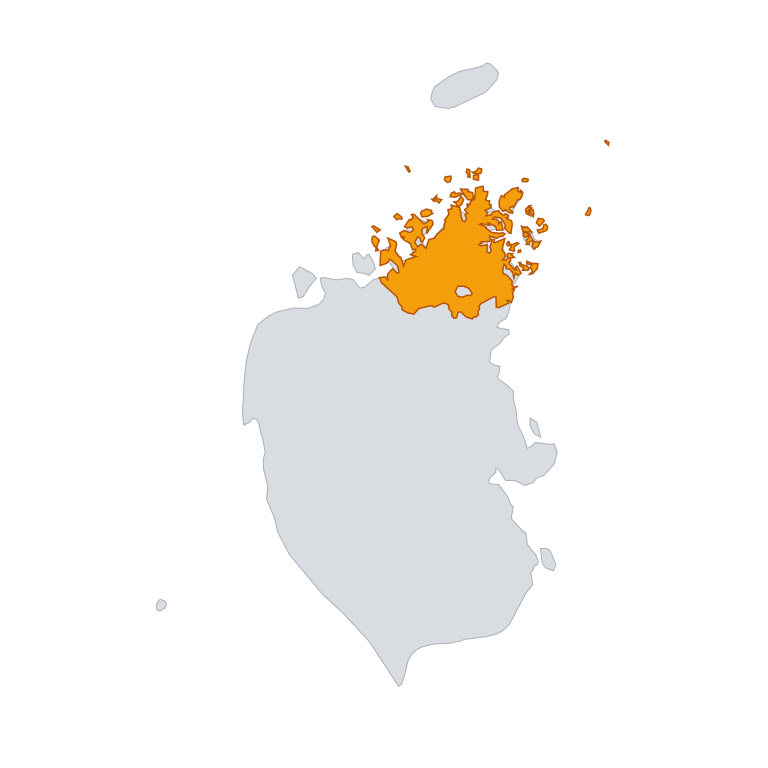 South Jeolla on a map of South Korea (Albers equal-area conic projection), rotated 171°
{"feature_id": "KOR-2506", "entity_name": "South Jeolla", "entity_type": "Metropolitan City", "adm_level": 1, "iso_a3": "KOR", "parent_name": "South Korea", "parent_adm1": "", "projection": "albers", "projection_center": [126.652, 34.734], "detail": "fine", "context": "in_parent", "style": "filled", "palette": "amber", "viewbox_px": 768, "rotation_deg": 171, "n_neighbors": 0, "source": "natural_earth", "source_scale": "10m", "svg_char_len": 9391}
<svg xmlns="http://www.w3.org/2000/svg" viewBox="0 0 768 768"><g transform="rotate(171 384 384)"><path d="M265.6,177.4L268.3,175.4L268.5,172.3L268.5,162.5L276.2,155.6L287.0,141.5L292.4,133.8L298.4,126.6L305.4,121.8L312.3,119.5L323.2,118.5L344.0,119.2L348.1,118.3L362.5,117.5L365.9,118.7L376.5,119.4L388.1,118.3L393.9,116.2L399.3,112.5L404.0,106.1L408.7,94.2L413.7,84.8L416.8,83.0L438.9,132.1L460.0,163.7L478.0,186.5L504.1,230.5L512.1,254.1L513.2,268.9L518.0,289.1L514.7,300.9L516.3,319.2L514.9,328.7L512.0,335.7L512.3,349.1L513.5,356.2L513.8,365.7L515.9,369.3L518.9,370.6L523.4,367.0L529.0,365.4L528.4,376.8L522.3,405.9L516.9,427.0L509.3,445.6L499.3,462.5L487.0,469.4L478.3,472.0L461.6,473.2L447.7,470.6L435.8,472.9L431.1,476.5L427.6,482.5L430.4,491.7L430.2,498.6L425.1,498.1L414.8,494.3L403.6,494.0L398.3,492.1L392.9,482.4L387.5,482.8L378.2,488.7L363.8,490.2L358.7,493.4L357.0,497.4L359.1,502.6L366.5,509.2L364.1,516.1L356.6,519.6L350.4,511.2L346.5,503.0L342.3,502.6L335.7,505.0L334.4,513.9L337.5,519.9L342.7,526.9L335.6,535.0L333.8,540.8L328.7,545.0L314.8,535.9L316.8,529.3L322.7,523.0L323.4,516.5L321.4,512.6L301.8,529.2L289.7,547.8L283.2,546.5L280.4,541.7L276.6,539.8L263.5,551.8L261.0,561.3L256.2,561.7L254.1,557.6L253.9,549.0L251.7,541.7L238.1,531.1L231.9,521.8L235.2,516.6L246.6,519.5L255.6,519.1L253.8,514.7L250.9,512.7L256.9,510.2L261.9,505.1L257.8,503.8L251.4,506.7L246.2,505.2L244.1,493.1L237.8,480.6L234.5,468.5L240.8,461.6L244.1,450.8L249.9,435.1L252.9,430.1L260.9,426.4L263.8,422.4L259.4,420.3L252.3,418.4L252.5,413.9L257.3,411.5L262.7,406.5L273.1,400.4L276.3,389.0L273.3,386.1L266.8,383.4L268.3,377.6L270.9,373.2L269.9,370.6L262.3,363.2L257.2,356.4L258.7,348.7L257.6,337.0L258.3,327.2L258.0,321.9L254.3,309.9L252.6,297.9L247.7,299.7L243.8,302.6L229.7,298.4L225.3,298.1L223.6,289.2L228.6,278.2L240.6,268.6L247.4,267.4L252.6,263.2L260.6,261.8L270.3,268.4L279.0,269.7L283.8,281.1L286.8,283.4L287.4,279.3L294.4,274.4L296.0,270.7L294.5,268.7L286.4,266.7L279.2,252.6L278.2,246.5L275.6,242.6L279.4,231.3L271.1,218.5L267.1,214.5L267.6,203.0L263.3,195.6L260.9,191.6L259.4,184.7L260.7,181.6L264.5,180.4L265.6,177.4ZM237.1,682.5L232.9,685.0L229.0,683.5L228.0,682.3L223.3,675.9L222.2,672.7L225.3,666.5L238.1,656.3L271.2,646.5L277.2,646.0L290.3,650.2L293.1,658.1L290.7,664.9L287.7,669.5L272.5,677.2L260.7,680.9L237.1,682.5ZM457.4,506.0L448.9,513.0L437.2,504.1L434.3,499.1L443.0,491.5L450.2,482.9L455.1,482.2L457.4,506.0ZM395.9,506.3L395.0,517.1L388.6,517.8L384.7,510.8L380.6,514.3L378.5,514.4L375.2,505.7L374.5,498.9L382.0,493.7L386.7,496.7L393.3,498.3L395.9,506.3ZM228.9,555.4L223.1,557.0L219.8,553.2L217.5,552.2L218.8,547.2L228.4,537.4L230.3,534.0L239.1,536.1L242.4,541.3L238.3,549.2L228.9,555.4ZM255.7,182.4L255.3,197.0L250.4,196.4L247.1,194.9L245.7,192.1L242.4,178.5L246.1,172.9L253.3,177.4L255.7,182.4ZM223.5,515.4L222.3,518.0L218.3,517.2L214.3,509.6L212.6,503.5L208.6,500.2L215.1,495.0L223.2,504.4L223.5,515.4ZM246.3,320.2L245.1,327.4L239.2,322.6L237.5,306.9L243.6,311.5L246.3,320.2ZM642.6,203.1L638.8,206.5L633.9,203.4L633.2,200.0L635.5,196.9L641.2,194.8L644.0,197.3L642.6,203.1ZM276.5,558.4L278.0,563.6L270.6,562.7L266.7,557.6L267.2,553.2L271.6,552.6L276.5,558.4ZM371.9,527.7L370.9,531.2L366.2,526.0L370.7,520.3L371.9,527.7Z" fill="#d9dde1" stroke="#a8b0b8" stroke-width="1"/><path d="M372.0,489.8L366.5,489.5L364.1,486.3L363.3,491.8L359.0,495.5L357.1,496.4L354.0,491.8L352.6,491.2L351.6,492.6L352.1,498.7L357.7,505.6L358.6,506.1L362.6,502.7L369.4,501.8L366.5,515.5L363.3,516.7L358.7,515.0L357.1,518.7L355.8,518.7L357.4,527.6L350.1,522.7L349.6,520.3L352.2,513.4L349.5,507.4L347.6,506.6L346.3,497.5L342.9,503.1L332.1,504.9L337.6,507.5L331.8,510.6L331.5,512.1L334.9,512.4L335.9,518.7L341.4,522.8L343.4,525.6L340.2,525.6L344.1,527.1L344.9,530.6L340.3,532.5L334.7,529.5L330.9,531.4L331.7,534.8L337.2,534.7L339.1,536.3L333.3,542.5L331.6,541.8L329.0,543.8L330.4,547.0L327.9,547.0L319.4,535.8L314.7,537.9L315.4,539.5L311.2,538.1L310.4,536.5L310.8,533.9L318.4,525.8L316.6,532.7L321.5,531.6L322.8,529.8L322.8,526.5L320.9,522.0L324.0,518.2L325.5,519.3L325.8,522.7L327.6,524.1L331.6,518.9L329.1,514.1L325.4,516.4L321.5,511.4L317.1,519.7L311.4,520.1L308.0,523.9L299.9,528.6L299.6,532.0L297.8,535.1L298.5,536.5L293.4,541.5L293.6,546.1L289.5,546.6L289.7,550.2L281.6,546.5L281.3,533.5L278.7,531.5L276.6,534.7L277.6,538.5L274.8,539.4L277.2,543.4L272.4,546.6L274.1,547.4L273.8,548.8L270.7,548.2L270.0,550.6L265.5,552.7L262.8,563.2L255.2,563.9L255.8,558.7L251.4,557.8L252.3,554.3L254.9,550.6L254.1,549.1L251.1,548.5L251.8,544.4L250.2,544.1L250.6,541.5L257.2,539.6L254.6,537.3L257.0,534.1L251.5,534.3L250.2,536.6L243.4,537.3L243.2,535.5L239.3,531.7L237.4,533.3L234.7,531.2L235.2,529.0L237.2,529.0L236.8,527.8L232.5,525.2L232.3,522.0L235.0,512.9L236.9,513.6L240.3,519.1L239.3,522.5L242.6,529.7L249.1,531.8L250.9,529.8L247.4,529.2L245.4,526.7L245.7,524.1L243.0,526.0L242.3,517.6L248.6,518.2L249.1,522.1L256.6,527.4L255.1,524.4L262.7,527.2L264.6,526.7L258.4,523.0L259.1,522.1L254.1,516.9L245.7,514.6L243.4,515.2L241.0,513.4L243.6,511.3L246.3,511.7L249.8,510.2L256.6,513.8L256.3,509.7L257.4,508.3L266.0,509.2L265.3,507.8L268.4,506.9L267.1,505.4L260.3,505.4L261.5,498.6L259.6,496.6L257.2,498.6L257.8,502.4L254.6,509.8L252.2,509.3L253.5,506.9L252.2,506.3L241.9,508.8L246.6,497.8L244.5,495.0L244.1,491.0L247.6,487.7L244.3,487.3L241.7,489.1L242.3,492.5L241.0,493.7L236.6,492.5L237.9,491.7L235.4,488.6L239.7,488.7L239.5,486.3L242.0,483.8L237.2,476.4L235.4,475.8L236.1,478.3L234.2,479.7L231.2,471.9L234.3,470.2L236.7,472.8L239.2,468.2L239.4,474.9L240.4,475.0L241.2,477.4L245.4,478.8L245.0,481.3L246.6,483.4L248.9,478.3L249.1,474.5L245.7,472.4L241.8,466.4L241.1,464.8L242.3,462.2L241.1,459.1L236.2,459.7L242.4,457.6L240.5,456.8L242.6,454.1L242.7,449.4L245.5,444.6L247.3,446.9L249.7,447.4L247.8,444.6L258.4,441.5L261.1,442.2L259.8,452.3L262.1,453.0L276.2,448.0L278.2,445.4L277.9,443.1L279.9,441.0L279.8,438.0L282.1,435.9L285.1,436.2L286.6,434.4L292.6,437.5L296.9,443.2L299.7,443.2L302.0,438.1L304.6,438.0L306.5,440.7L305.7,443.9L308.1,448.1L308.0,451.7L310.2,454.0L313.5,454.5L322.3,452.1L325.3,454.0L337.7,453.1L343.6,448.4L349.4,450.5L354.6,454.6L354.1,457.0L356.9,462.0L357.4,467.9L370.5,484.3L372.0,489.8ZM297.4,459.1L292.7,457.4L287.9,458.7L284.6,457.8L282.7,459.7L285.2,465.2L290.1,468.1L295.7,469.0L299.3,464.2L297.4,459.1ZM242.4,541.2L241.8,546.1L239.2,551.1L238.3,551.7L235.9,549.5L235.5,551.9L226.8,556.7L220.8,557.0L221.6,553.3L219.0,551.7L218.9,554.0L217.0,551.7L218.2,548.0L220.8,545.1L223.4,544.9L228.4,538.0L229.4,539.3L232.2,538.6L232.7,536.9L229.7,533.6L230.3,532.7L233.3,533.5L237.1,537.3L239.6,535.9L242.4,541.2ZM272.5,553.0L277.9,564.5L270.6,563.1L271.2,561.0L266.6,559.1L266.7,553.8L268.9,552.1L272.5,553.0ZM314.8,542.8L320.4,543.1L321.1,547.0L319.9,548.7L314.5,550.1L309.8,547.9L310.3,546.0L309.1,544.9L314.8,542.8ZM370.2,520.1L372.0,521.6L373.5,526.0L373.3,529.2L371.8,531.7L369.7,531.2L366.1,526.7L369.0,522.1L369.7,519.3L368.4,516.9L371.5,516.8L370.2,520.1ZM218.1,479.9L213.1,478.7L214.4,474.2L219.9,469.7L223.1,469.6L219.7,472.2L221.2,476.4L218.1,479.9ZM237.0,500.5L240.6,501.3L240.8,503.7L239.0,505.3L238.0,504.9L238.7,503.2L235.8,501.6L230.5,502.8L228.9,501.7L234.5,498.8L234.0,495.3L235.0,494.7L239.3,497.1L236.9,499.3L237.0,500.5ZM278.5,557.2L276.5,553.6L279.2,549.2L282.9,547.7L284.0,547.9L284.1,550.1L286.3,553.0L283.0,552.7L278.5,557.2ZM207.5,508.7L208.5,512.1L202.9,512.4L201.4,516.2L199.3,516.5L198.0,514.6L198.2,511.8L199.9,510.1L207.5,508.7ZM213.0,495.1L214.3,493.4L216.1,495.4L215.3,499.8L212.9,501.1L210.8,500.0L206.7,500.7L210.5,495.5L213.0,495.1ZM222.7,512.7L223.5,518.4L220.4,516.2L218.0,516.8L214.2,511.0L222.7,512.7ZM205.7,515.6L208.3,519.5L205.7,523.5L201.0,521.9L200.1,520.0L205.7,515.6ZM216.6,507.8L214.0,502.1L218.2,501.8L219.1,499.0L221.8,499.8L220.6,501.3L220.8,504.1L218.7,505.1L218.4,507.4L216.6,507.8ZM229.3,480.4L223.9,478.0L222.5,475.1L224.2,473.8L229.5,474.7L227.9,477.1L231.2,479.3L231.7,482.9L230.1,482.6L229.3,480.4ZM287.8,561.9L284.5,562.9L283.4,560.7L279.7,560.9L276.9,559.3L284.2,557.3L289.3,558.7L287.8,561.9ZM289.9,573.2L292.3,576.0L291.2,579.0L285.7,578.9L285.3,577.2L287.0,573.5L289.9,573.2ZM262.4,577.8L263.7,579.6L260.8,579.1L256.7,582.5L253.9,581.1L254.7,577.8L256.3,576.7L262.4,577.8ZM345.6,544.1L348.1,548.0L344.3,550.3L340.4,546.0L340.5,544.1L343.5,545.1L345.6,544.1ZM216.9,530.2L216.8,534.4L212.9,537.3L210.9,537.2L212.7,535.5L210.6,534.7L215.1,532.0L213.2,527.5L216.9,530.2ZM367.3,534.9L371.3,541.4L369.5,541.8L363.6,536.8L367.3,534.9ZM263.6,572.3L263.1,575.6L261.0,575.9L261.0,577.0L257.9,575.3L258.8,570.5L263.6,572.3ZM306.1,556.6L307.9,559.0L305.0,558.8L305.8,559.4L302.6,561.8L303.2,559.3L298.3,557.0L301.4,554.2L303.3,556.8L306.1,556.6ZM155.8,518.4L158.5,519.7L153.8,526.1L152.9,525.7L152.5,522.7L154.3,519.1L155.8,518.4ZM268.1,578.1L269.7,580.3L268.4,583.3L266.0,582.3L266.6,574.7L268.9,575.5L268.1,578.1ZM223.2,508.6L222.8,511.1L221.2,511.9L216.3,509.1L221.5,506.8L223.2,508.6ZM213.0,532.9L209.6,533.0L209.3,529.1L210.4,526.0L213.2,531.6L213.0,532.9ZM215.6,562.2L215.7,564.3L213.9,565.4L209.5,563.6L210.6,561.4L215.6,562.2ZM127.2,590.1L124.0,587.5L125.0,584.8L128.0,588.9L127.2,590.1ZM224.2,480.2L223.7,482.9L219.6,480.2L221.1,479.2L224.2,480.2ZM326.3,589.5L328.9,595.7L326.4,594.8L324.9,590.0L326.3,589.5ZM230.4,494.9L228.4,495.2L228.2,493.1L231.0,493.0L230.4,494.9Z" fill="#f59e0b" stroke="#b45309" stroke-width="1.5"/></g></svg>